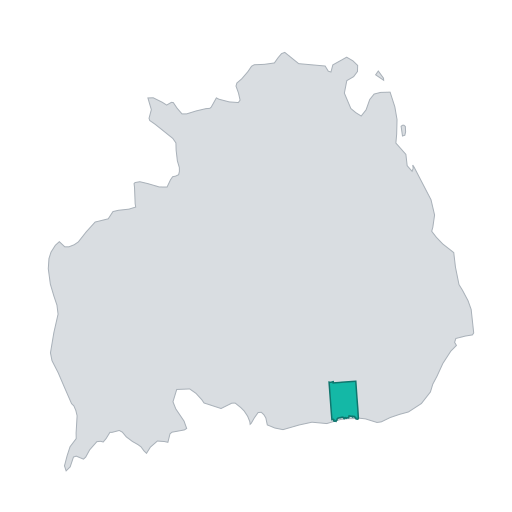 Anlong Veaeng, Siemréab, Cambodia shown in context, rotated 176°
{"feature_id": "14789045B31734581894199", "entity_name": "Anlong Veaeng", "entity_type": "district", "adm_level": 2, "iso_a3": "KHM", "parent_name": "Cambodia", "parent_adm1": "Siemréab", "projection": "natural_earth1", "projection_center": [103.997, 14.166], "detail": "fine", "context": "in_parent", "style": "filled", "palette": "teal", "viewbox_px": 512, "rotation_deg": 176, "n_neighbors": 0, "source": "geoboundaries", "source_scale": "gbopen_adm2", "svg_char_len": 5132}
<svg xmlns="http://www.w3.org/2000/svg" viewBox="0 0 512 512"><g transform="rotate(176 256 256)"><path d="M460.4,54.9L461.7,60.0L458.4,69.8L454.8,78.7L448.1,86.4L447.8,92.1L445.6,109.1L446.5,114.5L448.1,119.1L450.3,121.6L456.2,138.2L461.5,153.4L466.8,165.8L467.8,173.7L463.0,193.6L457.5,211.8L458.0,220.9L460.4,230.1L463.1,242.2L464.1,257.8L462.7,267.9L460.2,274.2L455.4,280.7L451.2,284.0L446.1,278.5L442.0,278.2L436.6,279.9L432.3,282.4L423.7,291.9L414.1,301.1L400.8,303.4L395.6,310.3L390.0,311.2L379.5,311.6L372.6,313.2L372.9,316.6L372.4,332.9L372.6,336.7L371.5,337.7L366.7,338.2L358.7,335.7L347.7,331.6L339.9,331.0L335.9,338.1L333.6,340.9L330.6,341.3L327.5,342.5L326.5,345.7L326.3,349.6L327.8,356.4L328.3,367.1L328.0,374.4L330.8,379.1L347.6,394.6L352.5,398.5L353.1,400.8L350.2,409.3L352.8,421.2L347.5,421.0L338.8,415.9L334.6,412.8L329.6,415.2L327.8,414.8L324.4,408.9L319.9,402.9L315.3,402.6L305.5,404.9L295.6,406.5L291.8,406.5L290.3,407.6L284.5,416.5L282.1,415.0L272.0,411.6L262.9,410.3L261.0,412.6L262.1,419.8L264.1,426.9L263.0,429.9L257.9,433.7L251.3,440.4L247.2,445.6L244.4,446.9L234.3,446.6L224.2,447.3L220.2,452.2L216.4,456.1L213.1,457.1L200.0,444.9L173.8,440.7L171.0,435.3L168.4,434.3L166.0,441.3L151.7,448.0L145.7,443.9L141.3,439.0L141.9,433.0L146.1,428.1L153.2,424.6L156.5,412.3L151.1,396.5L146.3,391.9L141.3,388.3L136.0,394.1L131.6,404.2L126.9,409.3L120.4,410.5L110.8,410.1L107.1,395.1L105.8,382.2L107.2,367.6L108.6,358.9L99.4,346.9L98.9,335.5L94.4,329.6L93.1,332.5L93.3,335.8L92.0,333.4L77.5,299.9L75.0,284.4L77.6,272.4L79.0,268.4L74.8,262.1L68.9,255.0L58.5,245.6L57.8,230.8L55.5,213.3L52.4,207.4L47.6,196.6L45.1,187.7L44.2,164.1L45.6,162.2L53.0,161.5L62.4,159.8L63.9,156.0L62.3,152.8L68.3,147.5L77.1,135.8L83.8,123.5L88.6,115.8L91.5,108.2L101.3,97.3L114.8,89.8L123.9,88.0L133.4,85.5L142.6,81.8L146.9,81.5L158.2,85.9L164.3,87.0L170.7,87.0L177.4,87.4L183.2,87.0L197.1,83.9L211.8,86.3L224.9,84.4L241.2,80.9L249.2,83.1L256.5,86.7L257.5,93.8L259.2,97.1L261.6,99.7L264.8,99.7L269.0,94.6L272.4,89.5L273.6,88.5L273.7,91.1L275.5,96.7L278.6,102.2L281.7,105.8L287.0,110.7L290.4,110.9L301.5,106.3L318.1,113.0L320.1,116.4L325.5,123.2L331.4,128.0L344.4,128.4L349.0,116.4L346.7,109.1L339.3,96.3L337.2,88.8L339.6,87.5L352.1,86.1L354.2,84.6L356.9,76.3L360.3,77.3L367.3,78.3L374.7,72.7L379.0,66.8L381.4,69.5L384.0,73.6L386.8,76.0L392.2,79.6L398.0,84.6L401.6,89.6L404.6,91.5L412.0,90.1L414.0,90.3L418.3,84.3L421.4,81.1L423.9,82.0L427.7,81.9L435.4,74.3L439.9,67.3L442.3,65.4L449.3,68.9L452.1,68.2L456.1,58.6L460.4,54.9ZM102.2,375.3L100.7,376.2L99.4,376.2L98.0,374.8L98.1,369.4L99.1,366.1L101.5,365.5L102.2,375.3ZM124.0,428.4L121.1,432.0L116.4,424.5L116.4,422.4L124.0,428.4Z" fill="#d9dde1" stroke="#a8b0b8" stroke-width="1"/><path d="M191.9,125.1L191.9,120.8L191.8,97.4L191.8,97.2L191.8,96.0L191.7,87.5L191.3,87.6L191.1,87.6L190.9,87.6L190.7,87.7L190.4,87.7L190.2,87.7L189.9,87.5L189.8,87.4L189.9,87.1L190.0,86.7L190.0,86.3L190.0,86.1L189.9,86.0L189.7,85.9L189.4,85.7L189.2,85.7L189.1,85.8L188.9,85.8L188.7,85.9L188.4,85.8L188.3,85.7L188.2,85.7L187.8,85.6L187.7,85.5L187.4,85.9L187.4,86.0L187.4,86.3L187.1,86.4L186.9,86.5L186.7,86.7L186.7,86.8L186.7,87.0L186.6,87.3L186.5,87.6L186.4,87.6L186.3,87.8L186.2,88.1L186.0,88.3L185.9,88.3L185.7,88.5L185.3,88.5L185.2,88.6L184.9,88.6L184.7,88.7L184.6,88.8L184.4,88.9L184.2,88.9L183.9,88.8L183.8,88.7L183.7,88.7L183.4,88.7L183.4,88.8L183.2,88.9L182.9,89.0L182.7,89.0L182.4,88.9L182.2,88.9L182.1,89.0L181.9,89.0L181.7,89.1L181.4,89.1L181.3,89.3L181.2,89.3L181.1,89.2L180.9,89.0L180.8,88.9L180.6,88.9L180.3,89.0L180.2,88.9L179.9,88.7L179.7,88.4L179.7,88.1L179.7,87.9L179.7,87.7L179.4,87.5L179.2,87.6L179.0,87.8L178.9,87.9L178.8,88.0L178.7,88.2L178.6,88.3L178.6,88.5L178.4,88.6L178.2,88.5L177.9,88.5L177.8,88.4L177.7,88.2L177.5,87.9L177.4,87.7L177.2,87.7L177.0,87.9L176.8,88.0L176.7,88.2L176.3,88.2L176.1,88.2L175.9,88.2L175.6,88.2L175.4,88.1L175.2,88.1L174.9,88.1L174.7,88.4L174.6,88.6L174.6,88.8L174.5,89.0L174.6,89.4L174.6,89.5L174.6,89.8L174.4,90.0L174.2,90.0L174.1,89.9L173.9,89.9L173.7,89.8L173.4,89.9L173.2,89.8L173.0,89.7L172.9,89.6L172.7,89.4L172.3,89.4L172.1,89.5L171.9,89.5L171.8,89.4L171.7,89.3L171.4,89.2L171.2,89.3L170.9,89.4L170.8,89.2L170.9,88.9L171.0,88.7L170.9,88.6L170.7,88.7L170.5,88.8L170.4,88.8L170.2,88.8L169.9,88.8L169.7,88.8L169.6,89.1L169.5,89.3L169.4,89.3L169.3,89.2L169.2,89.0L169.2,88.9L169.0,88.7L168.9,88.5L168.6,88.5L168.6,88.4L168.5,88.2L168.4,87.9L168.3,87.7L168.1,87.6L167.8,87.6L167.7,87.5L167.7,87.4L167.7,87.1L167.8,87.0L167.8,86.9L167.8,86.7L167.7,86.6L167.4,86.5L167.2,86.4L166.9,86.3L166.6,86.2L166.4,86.2L166.2,86.1L165.8,86.2L165.7,86.2L165.6,86.4L165.5,86.5L165.4,86.6L165.3,87.0L165.2,87.2L165.1,87.3L165.1,87.5L165.3,87.7L165.3,87.8L165.2,87.9L165.1,97.4L165.2,108.9L165.2,110.6L165.2,120.8L165.2,124.1L166.7,124.1L169.9,124.1L173.3,124.1L175.2,124.1L178.5,124.1L181.9,124.0L187.9,124.0L187.9,124.3L187.8,124.5L187.7,124.6L187.7,124.8L187.7,125.0L187.7,125.3L187.9,125.3L188.3,125.2L188.5,125.1L189.0,125.0L189.5,124.9L190.0,124.8L190.3,124.8L190.7,124.8L191.0,124.8L191.5,125.0L191.9,125.1Z" fill="#14b8a6" stroke="#0f766e" stroke-width="1.5"/></g></svg>